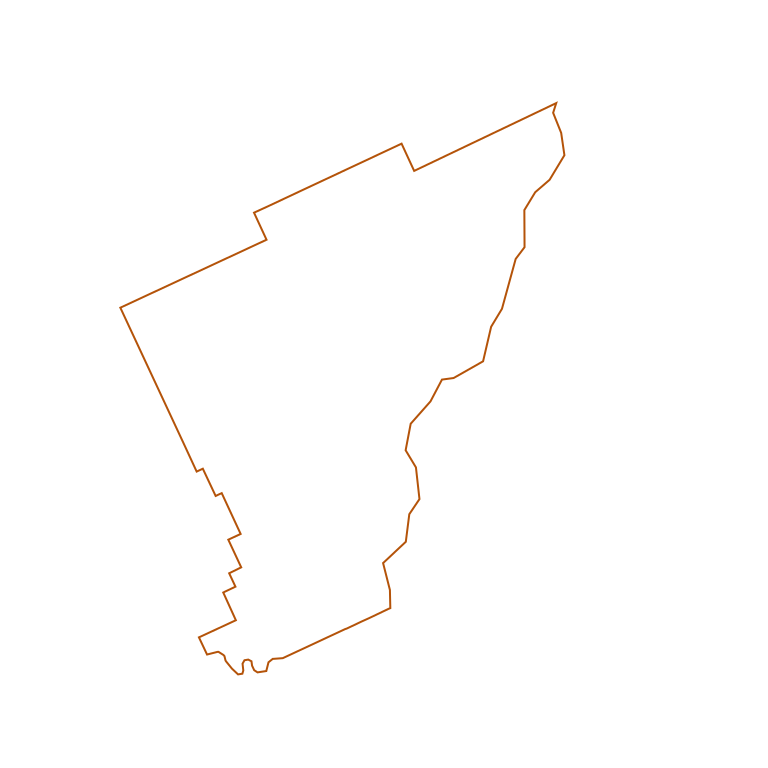 Canyon, Idaho, United States of America (Robinson projection), rotated 245°
{"feature_id": "52423323B68106023304416", "entity_name": "Canyon", "entity_type": "district", "adm_level": 2, "iso_a3": "USA", "parent_name": "United States of America", "parent_adm1": "Idaho", "projection": "robinson", "projection_center": [-116.848, 43.585], "detail": "fine", "context": "isolated", "style": "outline", "palette": "amber", "viewbox_px": 768, "rotation_deg": 245, "n_neighbors": 0, "source": "geoboundaries", "source_scale": "gbopen_adm2", "svg_char_len": 1054}
<svg xmlns="http://www.w3.org/2000/svg" viewBox="0 0 768 768"><g transform="rotate(245 384 384)"><path d="M178.2,295.0L194.8,302.3L222.1,307.5L231.8,337.1L255.3,351.9L264.7,367.5L294.9,377.7L314.8,375.6L336.7,391.4L348.6,418.8L363.5,438.4L360.0,449.6L362.7,483.4L390.6,505.3L402.3,522.7L441.7,556.2L448.6,569.2L482.3,584.7L493.9,602.1L499.1,620.4L515.1,644.2L536.7,650.7L558.3,651.9L565.8,658.8L564.4,501.4L594.4,501.5L594.2,392.9L594.1,352.2L594.2,338.6L564.4,338.5L564.6,177.3L504.4,177.3L414.2,177.3L383.8,177.2L383.8,184.0L353.7,184.1L353.7,190.8L308.7,190.7L308.7,177.1L278.2,177.1L277.9,163.7L263.1,163.7L263.0,150.2L232.5,149.9L232.6,109.2L213.6,109.3L211.6,119.8L211.2,120.8L206.2,124.0L204.8,124.4L200.3,123.5L199.1,123.7L190.3,125.9L182.5,129.0L181.3,133.2L183.8,135.4L190.3,137.6L192.6,140.8L191.6,144.5L188.7,146.7L184.5,145.4L179.5,145.4L176.1,147.5L173.6,156.0L180.6,161.7L181.9,167.0L181.6,167.7L178.3,176.4L178.3,245.5L178.1,246.5L178.2,263.3L178.1,271.4L178.3,293.0L178.2,295.0Z" fill="none" stroke="#b45309" stroke-width="2"/></g></svg>